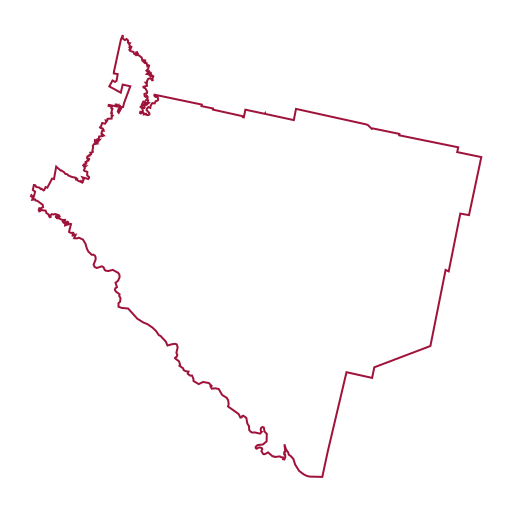 the district of Leales, Tucumán, Argentina
{"feature_id": "61730980B91056584985438", "entity_name": "Leales", "entity_type": "district", "adm_level": 2, "iso_a3": "ARG", "parent_name": "Argentina", "parent_adm1": "Tucumán", "projection": "mercator", "projection_center": [-65.262, -27.202], "detail": "fine", "context": "isolated", "style": "outline", "palette": "rose", "viewbox_px": 512, "rotation_deg": 0, "n_neighbors": 0, "source": "geoboundaries", "source_scale": "gbopen_adm2", "svg_char_len": 5877}
<svg xmlns="http://www.w3.org/2000/svg" viewBox="0 0 512 512"><path d="M469.0,215.1L481.3,157.1L457.2,152.1L458.2,147.3L399.2,135.3L399.4,133.9L372.7,128.4L371.9,128.9L367.7,124.9L365.8,124.3L296.0,108.9L293.8,120.1L265.2,113.9L265.1,113.3L264.7,113.8L245.4,109.7L243.8,117.4L242.9,117.2L243.1,116.3L212.9,109.6L213.0,108.5L201.5,106.1L201.8,104.6L154.6,94.7L154.3,95.6L155.5,96.9L157.7,97.0L158.2,99.6L157.5,100.6L155.7,101.1L154.6,103.4L152.3,103.1L150.7,105.5L150.3,107.9L148.3,107.1L146.8,108.8L146.6,110.1L149.3,113.0L149.4,114.5L147.8,115.2L146.0,114.6L146.0,113.9L143.9,114.4L144.1,113.4L143.3,112.7L140.6,113.5L140.0,112.9L140.3,111.8L142.3,111.9L142.9,110.9L142.3,108.4L140.6,107.0L141.5,106.1L142.7,107.9L144.2,108.0L144.6,107.4L144.3,106.3L145.2,105.1L144.8,103.6L143.6,105.4L141.9,104.6L143.3,101.6L145.0,102.0L145.0,103.1L146.5,104.8L147.2,104.3L146.7,103.1L148.1,103.4L148.9,102.8L147.7,102.2L148.1,100.3L146.2,100.0L147.6,98.3L147.6,96.7L146.7,95.6L145.7,96.9L144.7,96.2L144.4,94.0L147.1,92.9L147.2,91.7L145.5,88.6L143.5,87.4L143.4,86.8L147.0,85.8L146.8,84.4L145.6,82.6L147.0,82.5L147.1,80.9L148.2,78.8L149.9,78.3L151.5,79.1L152.1,80.3L152.7,80.2L152.4,78.6L153.3,76.3L152.3,75.6L150.9,76.4L149.8,75.5L151.0,74.2L150.8,72.9L149.9,73.0L148.3,74.3L146.8,74.0L149.3,71.5L149.0,71.0L147.2,71.4L146.4,70.7L148.1,68.8L149.1,65.6L148.4,65.2L147.3,66.0L146.5,62.9L144.9,63.1L143.3,61.5L145.2,61.3L145.2,60.4L142.2,60.0L141.7,57.6L138.6,55.1L136.7,55.1L137.8,53.6L137.0,52.1L136.1,52.4L135.8,54.1L134.7,54.2L133.9,53.5L133.5,51.9L130.4,51.1L129.4,49.8L130.5,48.9L129.4,47.3L130.1,46.9L131.0,47.7L131.4,46.9L129.9,45.9L129.1,44.1L129.9,43.2L128.0,42.7L128.0,40.4L126.5,39.0L125.0,40.1L122.8,38.6L122.8,35.1L120.9,39.6L114.0,71.4L113.8,73.4L117.7,74.1L116.6,80.7L115.0,81.9L112.5,80.5L109.3,86.4L120.8,92.7L122.7,84.6L130.3,86.3L124.0,103.1L123.1,107.0L121.9,107.1L118.7,112.8L117.8,111.6L119.0,108.0L120.5,106.6L120.0,105.9L118.9,105.9L118.7,105.1L117.1,106.6L116.5,106.4L116.7,104.6L115.7,104.5L115.5,106.2L108.8,104.9L108.5,105.8L111.8,106.9L111.4,108.4L112.4,108.8L111.2,113.0L112.0,113.2L111.6,115.5L112.6,115.7L111.8,116.7L111.6,118.6L107.6,118.8L107.2,120.7L105.7,120.4L106.1,122.2L105.0,123.7L102.2,123.0L101.1,126.2L100.0,127.3L100.6,128.0L102.6,128.4L103.4,129.5L103.7,130.8L102.2,130.7L101.4,133.2L101.9,135.2L102.6,135.3L102.8,134.5L103.6,135.3L102.8,135.3L102.7,136.1L99.1,136.5L98.8,138.5L97.0,139.5L97.9,140.0L99.6,139.8L98.3,141.3L97.4,140.9L97.5,142.3L96.5,142.4L96.6,141.7L96.1,142.0L96.0,141.1L94.9,140.4L94.9,142.0L97.0,143.6L93.8,144.2L92.8,146.0L93.1,147.6L92.4,150.6L92.9,151.8L92.4,152.4L90.4,152.7L91.0,154.4L89.5,154.9L89.6,155.7L87.5,156.3L87.0,157.9L87.8,158.3L87.8,159.0L89.1,158.9L89.1,159.4L88.3,160.7L87.3,160.6L86.7,161.7L85.6,161.9L85.5,163.0L86.2,163.4L85.7,164.1L83.8,164.5L83.2,165.5L84.0,166.4L85.6,166.3L84.5,167.2L84.8,168.2L83.9,170.2L84.6,171.0L87.3,171.8L87.2,175.5L89.0,176.9L89.0,177.9L88.3,179.0L82.4,177.3L83.7,179.6L82.5,181.2L82.9,181.9L82.2,182.6L81.0,181.1L80.6,181.8L78.2,180.8L77.1,179.7L76.1,179.7L75.9,179.1L76.8,178.6L75.7,177.7L72.0,177.0L68.4,175.5L67.3,174.3L65.4,173.9L63.9,172.1L61.3,170.4L60.7,170.6L56.2,166.6L54.0,179.0L52.1,178.6L47.3,187.7L45.6,187.1L44.1,190.2L43.5,190.4L41.5,188.7L40.6,189.0L39.4,187.6L36.3,187.0L35.2,185.2L33.9,185.0L32.8,190.0L35.1,191.6L34.2,195.3L33.6,197.2L32.3,196.0L31.4,195.2L30.7,197.2L31.4,196.0L32.3,196.0L32.8,197.6L32.2,199.8L35.0,199.3L35.5,200.5L37.1,200.7L42.7,204.8L43.1,207.1L40.7,208.4L39.3,208.2L38.7,210.0L39.3,211.3L40.2,211.0L41.1,209.3L42.3,210.3L45.6,210.6L46.5,213.1L48.8,214.6L48.8,215.6L49.8,217.2L50.7,216.9L50.4,215.6L51.8,214.1L53.2,214.5L55.4,214.0L59.0,215.3L59.7,216.5L59.2,217.4L58.2,216.2L57.0,216.6L56.3,215.7L55.8,216.8L56.9,218.2L58.8,218.3L62.3,220.0L65.0,219.9L64.8,221.4L63.0,221.9L63.5,222.7L65.3,223.2L65.1,225.3L66.4,224.7L66.2,222.9L67.2,221.6L68.0,222.0L68.4,223.3L67.5,224.6L69.7,223.9L71.0,224.1L69.0,231.9L70.7,232.9L73.3,232.8L73.7,233.7L72.5,235.0L72.6,235.6L75.6,234.8L74.1,238.2L77.0,238.4L78.9,237.7L83.0,239.6L85.5,243.8L86.9,248.7L88.4,251.6L91.7,254.8L93.1,254.6L94.9,255.6L95.6,257.2L95.6,259.6L93.6,264.6L94.6,266.9L96.7,268.0L101.9,266.3L103.6,267.4L104.8,270.1L105.9,270.7L108.4,271.0L112.8,269.9L118.1,272.8L119.4,274.7L119.6,277.2L118.0,280.8L115.5,282.8L117.0,287.1L115.4,288.2L114.9,289.7L115.8,291.5L119.6,294.3L119.2,295.9L120.5,298.2L120.1,301.7L118.5,303.2L118.5,306.7L121.5,307.9L128.1,308.5L137.3,318.7L143.5,322.6L147.4,324.1L152.5,327.6L156.1,331.1L158.8,335.1L160.6,336.0L165.8,341.6L167.5,345.5L172.9,344.0L175.5,343.9L176.7,344.4L177.7,347.2L176.4,352.7L177.3,355.0L176.7,356.7L175.1,357.7L175.1,358.4L179.1,361.4L180.1,365.1L179.5,365.8L183.1,368.3L183.6,370.0L185.6,371.2L188.5,371.6L187.7,373.7L189.9,375.5L192.0,375.5L193.4,378.8L193.5,381.0L198.7,384.1L203.0,382.0L208.8,383.0L211.5,385.8L210.5,386.3L211.8,388.7L215.2,388.3L218.7,389.0L222.2,395.0L226.7,397.8L228.1,400.1L228.7,404.1L228.0,406.4L228.6,406.9L238.6,414.0L240.4,417.6L241.6,417.4L242.3,416.0L243.2,415.7L246.3,417.8L247.3,423.4L249.0,426.3L249.2,430.0L250.7,431.8L252.4,432.6L254.5,432.4L260.1,433.6L261.5,432.1L261.1,432.1L260.7,429.3L261.1,428.0L262.4,427.0L263.8,427.5L264.6,431.6L266.8,433.9L266.6,441.4L262.8,444.5L257.5,445.1L255.7,446.8L255.7,447.9L256.5,448.7L259.2,447.4L261.6,447.9L262.3,449.0L261.4,451.2L263.3,454.1L264.9,454.1L268.1,452.4L272.5,456.3L273.9,456.3L274.7,457.0L279.9,456.4L281.2,457.3L282.9,457.3L283.4,458.3L283.1,459.2L284.3,459.5L285.3,457.2L285.1,454.5L284.4,454.6L284.1,453.9L284.3,452.0L285.3,451.7L284.4,444.3L285.9,449.2L288.2,452.5L288.8,454.7L290.8,456.1L293.4,459.0L295.1,464.5L299.1,470.9L303.6,474.3L307.3,476.1L310.0,476.6L322.3,476.9L327.7,451.7L346.5,372.2L372.1,377.9L374.3,367.3L430.4,346.0L445.6,269.9L448.7,271.4L460.3,213.6L469.0,215.1Z" fill="none" stroke="#9f1239" stroke-width="2"/></svg>